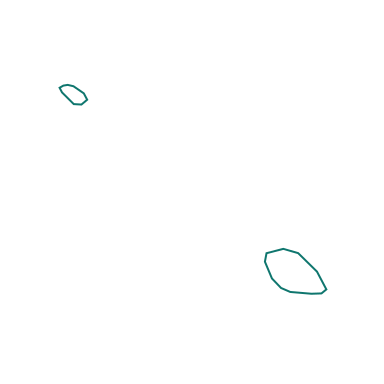 SVG path tracing the border of São Tomé and Principe, rotated 286°
{"feature_id": "STP", "entity_name": "São Tomé and Principe", "entity_type": "country or territory", "adm_level": 0, "iso_a3": "STP", "parent_name": "Africa", "parent_adm1": "", "projection": "equal_earth", "projection_center": [6.965, 0.873], "detail": "fine", "context": "isolated", "style": "outline", "palette": "teal", "viewbox_px": 384, "rotation_deg": 286, "n_neighbors": 0, "source": "natural_earth", "source_scale": "50m", "svg_char_len": 421}
<svg xmlns="http://www.w3.org/2000/svg" viewBox="0 0 384 384"><g transform="rotate(286 192 192)"><path d="M149.9,334.1L135.4,348.0L130.2,344.4L127.1,334.8L123.0,314.0L124.3,304.0L130.9,292.7L145.1,281.3L153.7,280.5L162.5,295.4L162.5,310.9L149.9,334.1ZM257.0,60.8L251.8,65.8L245.6,61.6L243.9,54.1L251.9,39.6L255.7,36.0L258.8,39.0L260.7,43.0L261.0,48.9L257.0,60.8Z" fill="none" stroke="#0f766e" stroke-width="2"/></g></svg>